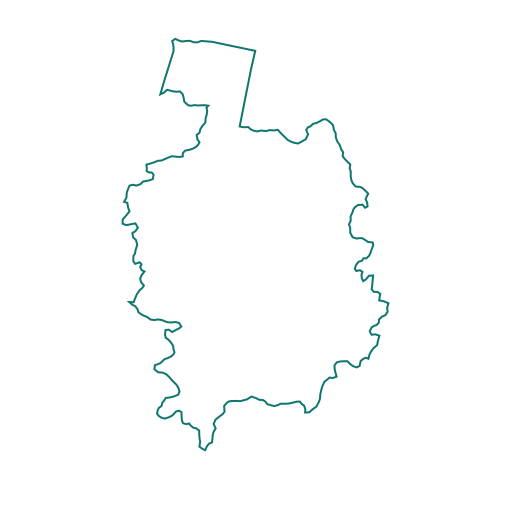 outline of Pancas, Espírito Santo, Brazil, rotated 12°
{"feature_id": "56859067B19948054793148", "entity_name": "Pancas", "entity_type": "district", "adm_level": 2, "iso_a3": "BRA", "parent_name": "Brazil", "parent_adm1": "Espírito Santo", "projection": "orthographic", "projection_center": [-40.82, -19.149], "detail": "fine", "context": "isolated", "style": "outline", "palette": "teal", "viewbox_px": 512, "rotation_deg": 12, "n_neighbors": 0, "source": "geoboundaries", "source_scale": "gbopen_adm2", "svg_char_len": 4721}
<svg xmlns="http://www.w3.org/2000/svg" viewBox="0 0 512 512"><g transform="rotate(12 256 256)"><path d="M141.7,327.4L145.4,329.5L148.3,330.2L151.0,332.5L152.9,335.6L155.8,336.8L158.6,337.7L161.8,338.2L166.1,340.1L170.3,339.7L173.0,338.5L176.5,338.2L179.1,338.5L182.4,339.2L186.5,338.8L190.9,337.3L194.7,337.5L197.6,340.6L195.8,342.8L192.5,345.4L189.8,347.8L186.1,346.2L182.9,347.2L183.3,351.7L184.8,354.8L187.5,355.9L190.4,357.9L193.6,361.1L194.8,364.7L196.3,367.1L195.5,369.7L193.9,371.9L191.0,374.1L188.0,375.9L184.9,380.5L182.1,382.5L179.8,383.8L180.2,387.9L184.5,390.1L188.8,389.5L192.8,390.3L196.2,392.4L199.6,395.0L205.0,398.5L207.4,401.0L209.3,404.3L208.9,407.7L204.7,410.6L200.8,412.4L197.2,413.6L196.1,416.7L194.8,419.4L194.8,422.2L192.5,424.9L191.9,427.6L192.0,430.9L194.1,432.6L197.1,433.8L200.6,434.0L204.9,431.5L207.6,429.0L210.0,424.9L212.7,423.3L215.6,424.3L216.4,427.7L217.7,432.3L219.4,434.7L222.8,435.0L225.4,433.7L227.6,435.6L230.5,437.0L233.2,437.0L236.7,438.5L237.6,442.5L238.6,445.8L240.0,449.3L240.3,454.2L243.7,455.8L246.7,456.5L247.5,452.4L249.1,449.3L251.7,447.6L251.4,444.0L250.9,440.1L251.1,436.7L252.4,433.1L249.5,429.2L250.3,424.8L252.6,421.8L254.3,419.8L256.2,417.7L257.6,414.8L256.0,409.4L257.8,405.9L259.9,403.8L262.7,402.8L267.0,401.8L270.7,401.3L273.5,399.9L277.0,398.1L280.8,394.4L285.5,395.0L289.2,396.0L292.7,395.4L295.7,396.6L297.7,398.5L301.4,398.9L305.1,399.0L308.2,397.4L311.0,395.3L314.6,394.6L318.5,393.6L322.7,391.7L326.4,389.9L329.3,389.3L331.5,391.3L334.2,392.4L336.1,395.6L336.6,398.9L340.7,397.8L343.2,394.2L346.3,390.9L347.8,385.9L348.3,382.3L347.7,378.5L347.7,373.6L348.0,369.5L349.0,364.9L351.3,362.1L353.3,359.6L356.4,359.4L359.9,357.3L357.8,353.1L356.4,350.1L355.5,346.5L357.2,343.2L359.9,341.8L363.0,340.9L367.2,339.9L370.1,341.8L373.9,343.6L377.6,344.0L380.2,342.0L380.2,337.0L382.3,334.3L384.7,332.6L387.3,333.2L387.5,328.9L388.3,325.9L389.7,322.3L393.0,317.9L392.9,313.7L393.3,308.3L389.0,307.8L385.4,309.0L382.9,306.0L383.9,301.9L385.9,299.9L388.2,298.5L390.0,295.7L389.5,292.6L391.9,289.1L394.9,286.9L396.3,283.3L395.0,279.2L395.4,274.7L390.3,273.7L385.7,273.8L385.5,270.6L385.5,267.3L382.3,265.9L378.8,266.6L376.0,264.4L375.8,260.8L375.1,255.1L374.6,250.7L370.6,251.8L368.5,255.9L366.1,258.3L364.3,256.1L363.1,252.7L363.5,249.4L360.7,248.3L357.2,249.8L355.2,247.9L355.8,243.8L357.5,240.3L360.6,238.6L361.5,236.0L364.5,235.3L366.6,232.2L367.2,229.5L367.9,224.5L368.4,221.2L367.3,218.5L362.8,219.0L359.1,217.5L356.1,216.5L353.4,217.0L351.0,218.0L346.6,217.6L343.3,213.5L342.3,208.9L340.4,205.7L341.3,202.0L340.3,197.5L341.3,193.3L341.5,190.4L342.6,187.8L345.2,184.9L349.6,183.7L352.7,186.1L354.8,184.3L353.7,180.8L351.4,177.6L352.0,174.6L352.8,171.7L349.9,169.7L345.9,167.3L343.3,166.8L339.0,167.3L335.6,164.8L333.7,162.3L332.1,158.5L331.1,153.6L329.4,150.8L329.2,146.8L326.6,145.3L323.0,142.9L320.0,140.4L319.7,136.5L317.0,133.7L314.9,130.1L311.9,127.3L309.5,123.6L308.4,119.4L305.9,116.4L304.2,112.1L301.7,110.3L299.2,109.0L296.2,107.7L293.1,108.5L290.7,110.8L287.6,113.2L284.2,115.0L282.3,117.9L280.0,119.3L278.9,122.3L281.7,126.3L280.3,131.5L277.1,134.4L273.8,137.2L269.3,137.3L266.0,136.8L262.9,135.9L259.8,133.9L254.9,130.8L251.1,128.0L247.7,129.4L243.4,130.0L239.8,131.7L235.0,132.2L231.2,133.9L228.0,134.0L224.5,133.2L221.7,131.5L216.8,132.7L213.1,132.7L212.3,75.1L212.6,55.5L182.3,55.6L168.8,55.6L157.8,57.0L154.2,59.2L150.9,59.9L146.4,59.3L143.0,60.2L139.0,61.6L135.4,61.2L131.9,60.4L129.3,63.2L131.0,66.2L132.2,69.7L132.7,73.4L129.8,104.2L128.8,117.7L132.1,115.2L134.5,111.9L140.2,112.2L144.0,111.9L147.3,110.8L150.7,113.1L152.4,116.4L153.8,120.0L158.3,122.7L161.4,122.5L164.4,121.2L168.1,120.8L171.2,120.0L174.3,119.2L178.1,118.9L176.7,121.3L178.1,124.2L178.4,127.8L178.1,132.0L178.7,135.9L176.6,139.9L175.2,143.4L175.1,147.2L172.8,149.9L174.5,154.2L177.1,156.6L176.2,159.3L174.5,162.0L172.1,164.0L168.6,166.1L164.8,167.6L163.0,170.6L163.7,173.8L160.7,175.0L157.0,175.5L152.9,175.9L150.3,177.6L147.0,179.9L143.8,182.2L140.2,183.3L136.8,185.6L132.9,187.8L129.8,189.4L131.0,193.0L131.4,195.7L134.0,196.5L136.7,196.0L138.9,197.8L139.1,202.2L136.0,204.2L133.1,205.4L130.1,206.6L128.1,209.7L124.3,212.0L120.8,211.9L117.7,213.4L117.1,216.2L116.4,220.5L117.1,226.0L115.7,230.4L119.1,230.8L120.2,233.7L121.4,236.3L123.0,238.7L119.8,244.8L118.0,247.9L118.8,252.1L122.6,252.8L131.3,249.2L134.6,252.9L132.8,256.9L130.3,259.2L131.9,263.2L135.4,265.5L137.5,269.8L137.0,275.3L137.1,278.9L136.1,281.4L137.0,286.5L139.4,288.8L143.4,286.4L145.7,287.8L145.0,290.9L147.1,293.6L150.1,294.3L148.1,298.5L147.4,302.4L149.0,305.4L152.5,308.2L151.3,311.1L149.3,313.6L147.4,318.3L146.4,323.3L146.0,326.6L141.7,327.4Z" fill="none" stroke="#0f766e" stroke-width="2"/></g></svg>